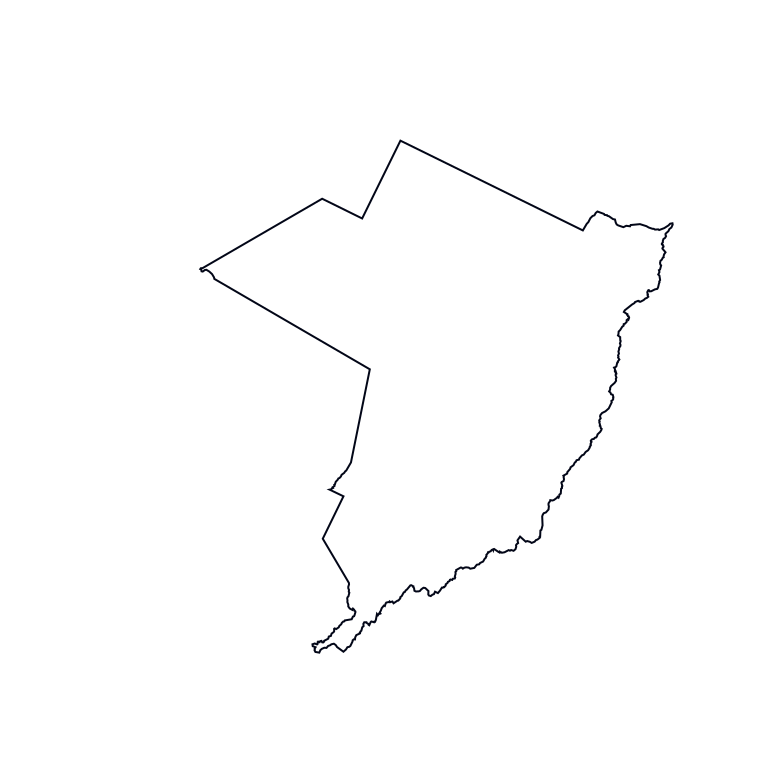 Poman, Catamarca, Argentina (Natural Earth projection), rotated 26°
{"feature_id": "61730980B48511689100190", "entity_name": "Poman", "entity_type": "district", "adm_level": 2, "iso_a3": "ARG", "parent_name": "Argentina", "parent_adm1": "Catamarca", "projection": "natural_earth1", "projection_center": [-66.149, -28.302], "detail": "fine", "context": "isolated", "style": "outline", "palette": "ink", "viewbox_px": 768, "rotation_deg": 26, "n_neighbors": 0, "source": "geoboundaries", "source_scale": "gbopen_adm2", "svg_char_len": 6165}
<svg xmlns="http://www.w3.org/2000/svg" viewBox="0 0 768 768"><g transform="rotate(26 384 384)"><path d="M458.0,606.7L458.1,609.6L452.4,613.7L452.4,614.7L451.4,615.5L450.8,617.3L450.9,618.7L449.9,621.0L450.0,622.5L448.5,625.2L446.8,625.3L446.5,625.9L447.6,628.1L447.5,629.1L446.3,631.3L446.7,633.7L445.1,635.2L445.5,637.4L442.8,641.0L443.1,641.8L442.6,643.0L441.7,643.3L440.4,642.3L439.4,643.1L439.3,644.3L437.7,644.4L437.5,645.1L438.3,646.6L438.0,647.4L435.5,647.6L433.8,649.3L434.9,650.9L437.9,650.6L437.7,652.6L438.4,653.3L438.4,653.9L439.8,654.9L443.6,653.8L443.5,651.0L444.3,649.2L446.0,647.2L448.0,646.4L448.6,644.0L450.3,642.2L450.7,641.1L452.8,639.4L455.1,639.8L457.1,641.0L464.9,642.4L466.2,639.3L466.5,636.6L468.0,635.4L468.6,634.2L468.6,629.3L468.2,628.1L468.7,626.8L469.9,626.3L469.2,624.4L469.2,621.8L471.2,619.4L471.2,618.5L471.7,618.4L471.3,616.8L471.8,615.7L471.1,612.2L471.8,610.6L470.6,608.6L470.7,606.8L472.5,605.9L472.7,606.3L475.0,606.5L475.7,607.2L476.5,607.3L476.4,603.8L476.7,603.0L479.5,602.5L479.5,601.8L480.2,601.6L480.1,599.6L478.5,593.8L479.9,594.5L480.2,592.5L481.0,592.4L481.4,591.9L480.3,591.3L480.5,589.0L480.2,586.5L481.0,583.2L482.1,583.2L481.7,580.4L481.9,579.4L484.0,577.8L484.3,577.0L485.1,577.5L486.9,575.8L488.7,576.9L491.1,572.8L491.8,572.4L492.6,569.6L492.1,568.5L492.9,566.8L493.1,562.6L493.9,561.8L494.0,560.0L494.7,558.7L496.0,553.4L496.7,552.9L499.1,553.0L499.1,553.6L500.5,554.3L502.0,556.5L503.6,556.5L506.2,555.1L507.1,554.1L507.4,552.5L508.5,550.3L509.0,549.7L510.6,549.3L514.7,550.6L516.1,553.8L517.1,554.4L519.0,554.1L519.9,552.1L521.0,551.0L520.9,548.3L524.1,548.3L524.9,545.2L525.3,541.6L526.2,541.3L526.6,540.3L527.2,540.2L527.8,538.1L527.3,537.0L528.3,535.0L528.2,533.8L529.3,532.4L529.1,531.1L529.6,530.5L531.2,530.2L531.3,528.8L532.9,527.8L532.8,526.6L532.0,525.9L531.6,523.3L530.6,521.6L531.0,520.6L530.4,519.6L533.4,515.3L534.3,515.0L535.8,515.4L536.7,513.9L538.1,512.8L540.6,511.9L542.5,512.2L545.8,509.7L546.6,505.8L548.6,504.3L548.8,502.8L550.9,500.1L551.1,496.9L551.7,495.4L551.4,494.5L551.6,493.7L550.9,492.8L551.4,490.8L551.3,489.6L551.9,489.5L552.1,488.7L553.2,487.6L553.5,486.0L554.4,484.9L555.0,485.4L554.8,484.5L555.3,484.0L560.7,484.8L561.2,484.0L561.6,484.4L561.7,484.0L562.7,484.3L563.0,483.9L563.9,484.0L566.1,482.4L568.9,478.6L570.3,478.6L571.0,477.5L573.6,477.1L574.6,474.8L574.2,472.3L573.3,471.0L573.5,469.7L574.3,468.2L572.5,466.0L573.2,461.5L580.5,463.6L581.5,462.4L584.2,461.9L586.4,462.1L588.5,459.7L589.0,457.7L590.1,456.6L591.4,454.0L591.4,453.2L590.8,453.1L590.9,451.9L588.8,447.1L589.4,446.1L588.5,441.6L584.2,433.6L584.0,431.8L584.2,430.1L585.8,428.5L586.9,424.7L585.8,421.6L584.8,420.5L584.2,419.1L584.6,416.2L584.4,415.5L586.4,414.9L587.5,413.9L589.3,410.5L589.5,409.3L590.7,409.6L590.6,407.8L590.1,406.5L590.9,405.0L589.1,400.4L589.6,399.5L588.8,398.0L589.0,397.4L586.7,395.0L586.7,394.2L587.9,392.5L587.5,390.6L586.4,389.2L586.3,388.5L585.4,387.8L587.9,384.2L587.4,382.9L588.5,378.7L588.2,377.1L589.9,373.9L589.9,370.9L590.5,369.9L590.5,368.1L592.4,366.5L592.2,365.2L593.2,361.4L594.5,359.9L595.0,356.7L596.5,354.1L596.8,350.9L596.5,350.5L596.7,349.3L596.4,348.5L596.7,348.1L595.9,347.2L595.9,345.1L595.2,345.0L594.7,344.2L595.3,342.4L596.7,341.4L597.0,340.0L598.2,338.9L598.3,337.1L598.0,335.7L599.3,332.2L599.5,330.0L599.3,328.9L598.3,328.7L596.9,326.9L596.3,327.0L595.9,325.8L594.2,323.9L594.3,323.2L593.5,322.6L593.4,321.6L593.8,319.9L592.4,318.4L592.1,317.2L592.7,314.5L595.0,311.5L596.7,307.4L596.7,300.6L595.8,299.6L596.6,298.0L596.6,296.9L595.9,296.0L596.0,295.3L594.3,293.4L592.6,293.7L591.2,292.4L589.6,292.0L589.7,290.0L588.9,288.2L589.0,286.2L590.8,281.9L591.2,279.4L590.1,277.7L590.1,276.3L588.4,274.7L588.0,273.7L588.4,272.9L586.9,271.3L586.7,271.9L585.9,271.4L585.1,269.4L583.6,268.4L584.7,267.3L585.1,266.2L584.3,262.7L584.7,262.1L584.3,261.4L584.8,258.8L582.8,257.6L582.8,256.7L581.9,255.8L581.8,253.6L580.5,252.1L580.1,249.6L579.5,248.8L579.8,246.1L579.2,244.9L578.3,244.2L577.9,241.6L577.2,241.2L575.7,238.3L573.0,237.8L572.9,236.5L571.9,234.0L572.6,232.1L573.0,228.2L573.8,226.5L573.2,225.1L574.2,224.1L574.9,221.6L574.1,220.3L574.6,219.0L575.5,219.2L575.3,217.0L574.3,216.0L573.6,216.2L572.3,214.7L572.0,215.1L571.2,214.5L568.0,214.1L568.1,212.2L572.1,203.8L573.6,201.5L573.7,200.3L575.9,197.9L576.6,197.6L577.4,198.1L578.4,197.7L580.6,194.7L581.4,192.6L582.4,191.6L583.3,189.7L581.8,188.5L582.0,187.9L580.6,186.5L580.3,185.5L580.5,183.7L581.0,183.5L582.1,184.3L583.5,183.5L586.0,180.2L587.9,178.7L588.0,177.1L587.0,172.7L587.1,172.0L586.5,171.3L586.6,169.5L584.0,165.8L582.5,165.4L582.5,162.6L581.2,161.2L581.9,160.1L581.1,155.9L580.0,155.5L579.0,154.1L578.5,152.0L579.2,150.5L579.2,148.5L579.8,147.5L579.4,147.1L578.9,144.7L579.3,142.2L574.9,140.3L574.7,139.7L575.1,138.1L574.8,137.6L573.8,137.3L573.5,136.6L572.5,136.6L572.2,136.1L572.5,134.2L571.9,133.3L571.6,131.2L572.6,129.4L572.7,127.5L571.6,126.5L571.2,125.4L572.6,122.0L572.6,119.5L573.7,117.4L573.6,114.2L572.8,113.1L570.9,114.5L570.2,116.7L567.6,121.0L563.8,125.0L562.7,124.8L559.9,126.4L558.4,126.3L557.3,126.8L553.3,127.3L550.7,127.1L544.0,128.1L536.0,133.0L536.0,134.4L532.4,135.6L530.4,138.1L524.9,138.8L523.2,138.6L521.5,137.3L519.5,134.9L517.5,135.4L512.7,134.6L511.0,134.9L510.5,134.5L508.1,135.3L507.2,134.7L500.2,135.4L499.3,137.5L499.2,140.1L497.8,141.6L496.8,144.5L496.7,149.0L496.0,151.1L495.4,158.8L292.1,158.1L291.8,244.8L247.2,244.6L170.2,359.3L168.6,360.3L168.5,361.2L169.4,361.1L170.6,362.7L171.8,362.4L173.0,360.1L174.3,359.2L177.6,359.5L181.3,360.6L184.5,362.7L185.4,363.9L364.8,377.0L388.7,469.0L388.0,478.4L387.4,479.5L387.2,481.3L385.7,484.2L385.8,486.1L385.2,488.0L384.4,488.9L384.3,490.6L383.5,493.0L383.9,496.0L383.5,496.4L384.2,497.4L383.1,499.3L383.7,499.8L383.0,500.3L382.9,501.6L381.4,502.8L396.8,502.7L396.8,549.9L439.7,578.2L440.4,579.4L440.8,582.0L441.5,583.3L442.8,584.4L443.4,586.2L444.3,586.7L445.1,590.4L444.7,591.7L444.9,592.8L446.2,594.8L446.6,596.0L448.6,597.9L449.4,599.6L451.6,600.8L454.6,600.9L454.6,599.5L456.2,600.0L456.8,600.8L457.7,600.8L458.3,601.4L458.9,605.0L458.9,605.8L458.0,606.7Z" fill="none" stroke="#020617" stroke-width="2"/></g></svg>